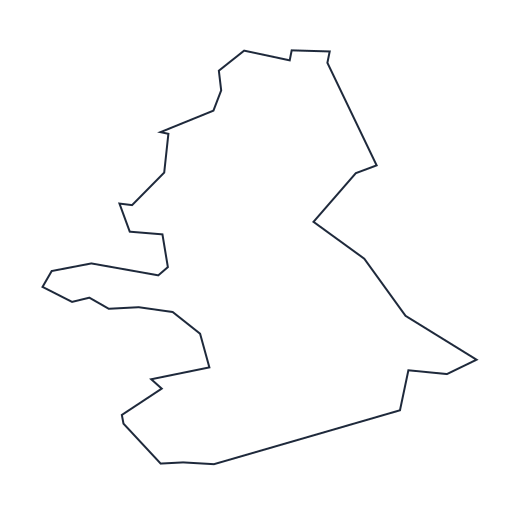 outline of Nyirol, Jonglei, South Sudan, rotated 87°
{"feature_id": "79223893B2194918447747", "entity_name": "Nyirol", "entity_type": "district", "adm_level": 2, "iso_a3": "SSD", "parent_name": "South Sudan", "parent_adm1": "Jonglei", "projection": "robinson", "projection_center": [32.071, 8.567], "detail": "fine", "context": "isolated", "style": "outline", "palette": "slate", "viewbox_px": 512, "rotation_deg": 87, "n_neighbors": 0, "source": "geoboundaries", "source_scale": "gbopen_adm2", "svg_char_len": 684}
<svg xmlns="http://www.w3.org/2000/svg" viewBox="0 0 512 512"><g transform="rotate(87 256 256)"><path d="M292.2,442.1L288.9,424.6L301.0,405.8L301.0,375.8L307.6,342.1L330.7,315.9L364.8,308.4L373.6,367.1L383.5,357.1L407.7,398.3L416.5,397.1L458.3,362.1L458.3,339.6L461.7,308.9L417.6,120.3L378.1,109.8L383.9,71.5L371.1,41.2L323.6,109.8L264.4,148.0L224.9,196.8L178.5,152.0L171.8,130.8L66.8,174.6L55.6,171.7L52.5,209.6L62.4,212.1L50.3,257.1L69.0,283.4L88.8,282.1L108.6,290.9L127.3,344.9L129.4,337.1L167.9,343.3L198.7,377.1L196.5,389.6L225.1,380.8L229.5,348.3L262.5,344.6L270.2,354.6L254.8,420.8L260.3,460.8L275.7,470.8L292.2,442.1Z" fill="none" stroke="#1e293b" stroke-width="2"/></g></svg>